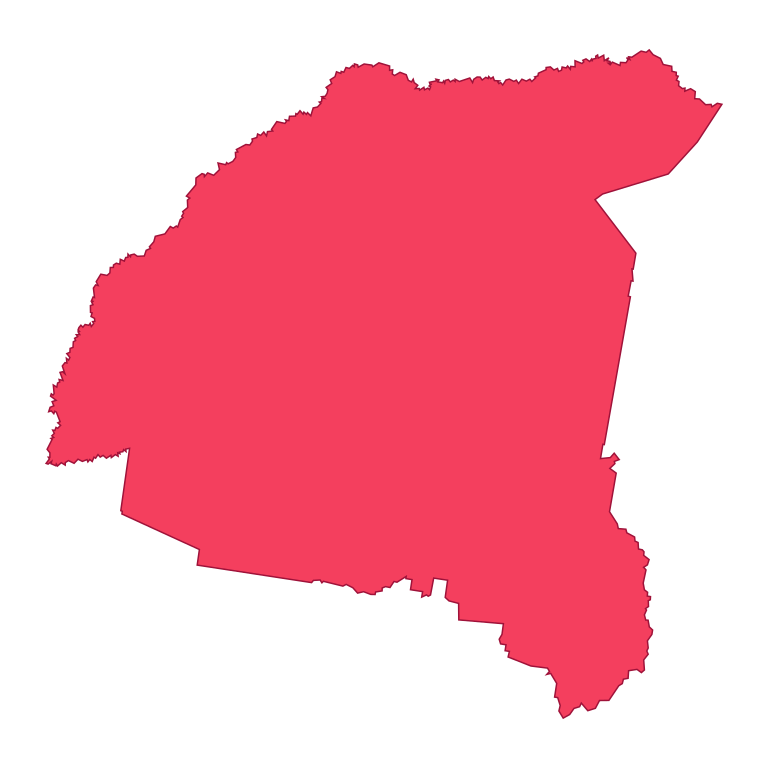 Moree Plains, New South Wales, Australia
{"feature_id": "25037944B16767086981220", "entity_name": "Moree Plains", "entity_type": "district", "adm_level": 2, "iso_a3": "AUS", "parent_name": "Australia", "parent_adm1": "New South Wales", "projection": "orthographic", "projection_center": [149.192, -29.321], "detail": "fine", "context": "isolated", "style": "filled", "palette": "rose", "viewbox_px": 768, "rotation_deg": 0, "n_neighbors": 0, "source": "geoboundaries", "source_scale": "gbopen_adm2", "svg_char_len": 5871}
<svg xmlns="http://www.w3.org/2000/svg" viewBox="0 0 768 768"><path d="M697.3,142.0L721.9,104.3L717.3,103.3L712.0,106.8L711.1,104.4L705.6,104.7L699.5,99.0L694.7,98.7L695.3,91.6L690.6,88.7L684.8,91.2L685.0,88.1L682.4,88.6L678.6,85.7L679.0,81.5L676.4,80.1L678.2,76.2L676.2,75.6L676.3,72.3L672.0,71.3L671.7,66.3L663.2,64.5L660.4,58.4L653.1,54.7L649.2,49.9L646.2,52.3L641.1,51.1L631.9,57.2L628.7,56.8L629.8,59.4L626.6,57.6L628.0,59.8L626.0,62.7L620.5,62.4L620.0,65.5L612.3,62.1L610.2,64.8L608.3,63.2L610.4,63.1L610.0,61.4L606.9,60.7L608.9,57.8L604.3,60.7L603.7,55.2L598.2,58.1L597.6,55.0L595.7,56.2L596.0,58.4L592.4,59.2L592.3,61.4L591.5,59.1L589.7,61.5L586.0,58.9L582.8,60.3L583.8,61.9L582.0,63.5L575.0,60.7L575.1,66.8L570.7,66.4L570.3,69.3L567.6,66.0L566.2,67.9L562.1,67.0L561.5,70.2L558.6,71.4L557.5,68.4L553.9,70.0L550.4,66.9L546.1,67.5L546.1,69.7L538.4,73.2L537.9,75.9L534.7,76.9L535.6,77.9L531.8,81.5L529.9,79.2L526.3,81.1L521.9,79.2L518.6,83.5L516.3,80.1L513.9,81.4L509.3,79.1L506.0,80.0L502.7,85.0L500.5,82.4L498.9,83.6L497.8,82.0L499.3,80.9L494.4,80.6L493.1,77.0L490.8,78.7L488.7,76.5L488.1,78.5L485.8,77.3L482.2,80.0L480.1,77.1L477.1,77.0L473.7,79.3L472.6,82.6L469.8,78.0L459.3,81.5L455.1,79.2L455.1,81.5L453.3,80.1L450.3,81.9L448.4,79.5L445.3,80.4L444.7,83.2L443.6,81.0L442.6,82.7L437.8,81.9L439.0,79.9L435.9,79.2L436.6,80.8L429.4,82.3L430.1,84.5L431.7,83.9L429.1,86.0L430.6,86.9L429.5,89.6L427.9,88.1L424.5,89.8L423.9,87.3L419.6,90.1L419.2,88.5L415.2,88.7L417.8,85.3L414.2,82.6L413.2,79.2L411.5,81.9L408.3,80.3L406.2,74.7L400.0,72.3L394.6,75.5L392.3,74.0L392.7,69.8L389.6,70.3L389.6,66.0L378.9,62.8L372.8,66.8L371.9,65.1L364.1,64.0L358.2,67.2L357.7,64.9L354.4,63.9L354.1,66.7L352.7,65.4L349.4,68.4L346.0,67.5L343.8,72.2L341.2,71.4L340.8,73.4L336.5,71.8L335.0,76.7L330.2,79.8L331.7,83.5L326.1,87.4L327.9,89.7L327.1,93.3L325.2,96.3L321.8,96.7L324.2,98.4L321.9,98.2L321.5,101.7L319.3,102.1L320.8,103.5L317.5,107.0L313.2,107.9L310.8,115.8L307.5,112.6L306.4,114.4L303.9,112.1L303.1,114.2L300.0,110.7L297.2,114.3L295.9,113.6L295.5,116.1L289.5,116.3L288.8,120.6L285.5,119.9L286.5,121.4L284.9,123.4L276.8,121.6L271.5,129.4L272.7,131.0L267.5,131.6L266.5,135.9L263.8,132.0L260.7,135.4L257.6,134.0L256.8,137.5L252.0,139.0L252.5,141.2L249.8,145.0L245.9,144.5L236.4,149.5L237.8,151.9L235.4,152.4L235.7,157.5L232.8,161.4L228.1,163.8L226.6,162.6L225.7,164.7L218.0,163.0L219.5,169.6L213.7,175.3L207.7,172.9L204.4,176.6L204.2,174.3L202.0,173.6L196.0,178.0L195.8,184.9L186.4,196.1L189.8,198.1L187.4,200.1L187.7,207.5L182.7,211.6L183.6,213.3L181.7,216.2L183.0,217.5L180.3,219.5L177.7,227.1L176.3,226.0L173.2,228.1L170.3,226.5L164.9,233.9L155.3,236.3L153.8,241.8L149.4,246.8L150.5,248.4L146.2,250.3L144.3,256.0L137.4,256.3L134.2,254.1L130.8,254.9L130.5,256.7L128.0,254.1L127.9,257.3L125.7,257.5L124.3,261.1L120.3,259.3L119.8,264.2L116.3,263.2L113.5,265.0L113.4,267.4L110.3,267.5L109.9,272.9L107.1,275.4L100.8,274.2L96.2,281.7L98.1,285.5L95.6,284.9L93.4,288.1L94.5,297.5L93.1,297.0L91.3,301.1L92.9,301.4L91.8,302.5L93.0,304.7L90.4,305.6L90.5,312.4L92.1,312.9L91.0,316.5L94.5,318.4L94.8,321.4L92.6,321.6L93.7,323.6L91.3,326.5L90.2,323.3L88.8,325.3L85.1,324.5L82.9,327.2L80.9,325.2L78.9,327.6L78.0,330.1L79.4,331.4L78.1,331.9L79.7,334.6L76.3,334.7L77.7,336.6L74.6,338.3L75.6,340.5L73.3,341.8L73.0,347.4L70.1,348.4L69.9,352.3L66.8,353.6L69.9,357.5L68.6,360.1L66.4,358.3L66.9,363.0L65.0,362.6L62.3,366.0L64.9,373.7L62.7,371.7L60.0,372.4L63.0,380.5L59.1,379.5L59.7,382.0L57.6,383.0L56.8,387.1L53.3,385.0L54.1,393.7L53.0,395.1L51.3,393.8L50.5,396.1L56.1,400.3L52.1,401.6L53.8,405.8L50.1,407.3L48.7,411.7L51.3,410.9L53.8,413.7L54.8,411.2L56.4,412.2L60.1,421.7L57.8,422.8L60.6,425.3L57.7,428.3L56.0,427.4L54.9,430.4L52.7,430.1L54.3,433.4L51.8,435.8L53.7,437.5L50.9,438.4L52.1,439.4L47.1,449.3L49.9,452.8L49.9,457.2L48.3,457.2L49.4,458.9L46.1,463.4L48.1,464.1L51.7,461.3L51.0,463.7L55.9,465.8L56.3,464.1L57.5,466.0L61.3,462.7L65.2,465.1L65.3,462.6L68.4,460.6L74.1,463.3L78.0,459.2L82.4,461.4L87.0,459.6L87.9,461.9L89.8,459.5L92.2,461.5L94.0,457.2L95.6,458.2L98.0,454.6L100.2,457.1L103.1,455.4L106.4,458.2L110.9,455.3L111.3,457.6L115.4,454.6L118.1,456.2L117.7,452.8L119.9,453.7L119.4,452.2L122.9,451.7L123.6,449.6L126.0,451.5L125.7,449.1L129.6,448.3L120.8,510.7L122.3,511.3L121.9,514.0L199.4,549.5L197.2,565.1L311.6,582.6L313.4,580.4L320.1,580.0L321.9,582.8L323.4,581.3L342.9,586.1L346.2,584.4L352.8,587.7L357.6,593.1L363.6,591.7L370.7,594.4L375.1,594.5L375.6,592.0L382.1,590.9L382.2,588.0L385.5,586.6L390.0,587.5L394.0,581.5L397.0,582.2L406.2,576.4L405.9,578.6L412.0,579.6L410.5,589.7L422.6,591.6L421.7,597.1L426.5,594.9L428.2,596.2L430.5,595.0L433.7,578.1L447.6,580.2L445.2,597.4L449.0,600.9L458.6,603.4L458.8,619.9L503.4,623.7L502.0,634.4L499.2,639.2L500.6,643.9L506.0,644.8L505.1,650.7L509.4,651.4L508.1,657.0L530.9,666.0L547.5,668.1L549.5,671.4L546.8,674.4L550.7,673.4L556.7,683.4L554.6,697.1L557.7,697.6L560.2,705.5L558.9,711.0L563.2,718.1L569.7,714.5L574.0,708.4L579.6,706.7L581.3,703.1L587.8,710.7L595.4,708.3L599.5,700.5L608.9,700.4L618.8,685.7L622.3,683.6L623.4,679.2L628.1,678.3L628.6,670.7L637.0,669.4L641.4,672.6L644.4,670.0L643.7,659.9L648.2,654.2L646.8,651.0L648.2,648.0L647.4,640.8L651.9,634.4L652.6,630.0L649.3,626.9L648.1,620.2L645.7,620.0L644.4,614.8L646.5,610.1L645.5,608.6L648.5,606.5L648.3,600.6L650.3,599.8L650.5,596.6L647.3,596.1L647.6,592.3L644.4,589.8L643.2,583.1L646.0,569.9L643.6,567.3L647.4,564.9L649.1,559.6L643.7,555.4L644.0,551.8L642.3,549.8L638.5,549.0L638.1,542.5L635.0,541.1L634.6,537.0L626.8,532.8L625.9,529.2L618.3,528.6L617.3,523.9L609.5,511.7L616.2,473.1L609.8,468.4L614.9,463.6L614.3,461.4L619.2,459.6L614.2,453.2L610.3,457.6L600.5,458.6L602.9,444.3L604.3,444.6L630.4,296.8L628.2,296.1L631.1,280.8L633.0,281.1L632.0,268.9L633.2,269.1L635.9,253.2L595.0,199.6L602.6,194.0L668.2,174.0L697.3,142.0Z" fill="#f43f5e" stroke="#9f1239" stroke-width="1.5"/></svg>